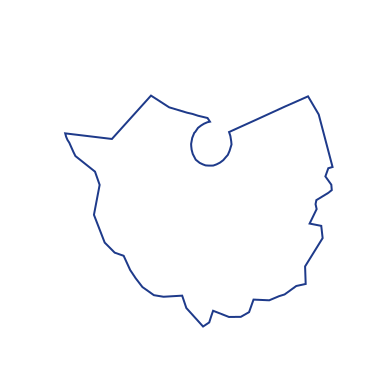 outline of Ghabou, Guidimaka, Mauritania, rotated 17°
{"feature_id": "47542326B82257373833544", "entity_name": "Ghabou", "entity_type": "district", "adm_level": 2, "iso_a3": "MRT", "parent_name": "Mauritania", "parent_adm1": "Guidimaka", "projection": "natural_earth1", "projection_center": [-12.146, 15.031], "detail": "fine", "context": "isolated", "style": "outline", "palette": "blue", "viewbox_px": 384, "rotation_deg": 17, "n_neighbors": 0, "source": "geoboundaries", "source_scale": "gbopen_adm2", "svg_char_len": 1219}
<svg xmlns="http://www.w3.org/2000/svg" viewBox="0 0 384 384"><g transform="rotate(17 192 192)"><path d="M275.0,66.6L255.8,83.2L231.6,104.7L209.9,123.8L212.3,127.2L214.7,132.1L215.9,135.0L215.9,141.7L215.4,146.1L214.2,148.7L212.6,152.4L210.2,155.7L207.4,158.4L204.6,160.5L200.5,161.8L197.2,162.6L194.2,162.4L190.8,161.9L186.1,160.0L181.6,155.4L179.3,151.7L177.9,148.5L177.1,146.3L176.4,140.2L176.9,134.7L177.5,133.7L179.0,128.9L181.3,125.7L183.5,123.2L186.3,120.8L188.6,119.5L185.2,116.7L175.4,117.3L169.6,117.2L164.1,117.6L145.4,117.7L124.6,111.8L99.9,164.7L53.6,173.0L55.5,176.0L57.7,178.6L60.2,180.7L62.2,183.0L64.9,186.1L66.9,188.4L70.0,191.7L93.3,200.9L101.6,212.2L104.9,242.5L123.3,265.9L135.8,272.6L145.3,273.0L155.7,284.7L163.4,291.0L172.4,297.4L185.7,301.8L188.8,301.4L195.4,300.5L203.2,297.6L212.9,294.0L220.5,304.6L241.9,317.4L246.6,311.7L246.7,304.6L246.9,299.4L263.9,300.7L275.2,297.1L281.7,290.2L282.3,276.9L297.5,273.0L305.8,266.1L310.5,262.9L319.2,251.4L327.6,246.7L321.9,230.1L330.4,197.9L325.5,186.6L313.7,187.8L316.2,171.9L313.7,167.5L313.3,163.4L322.5,153.1L325.1,149.3L323.1,144.3L315.0,138.1L315.4,129.4L319.1,127.0L290.5,80.8L275.0,66.6Z" fill="none" stroke="#1e3a8a" stroke-width="2"/></g></svg>